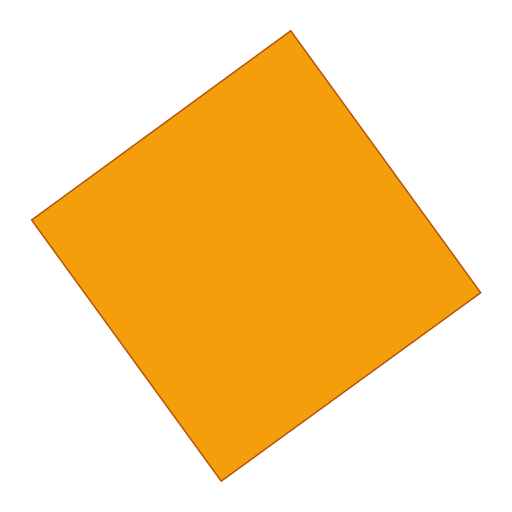 outline of Wheeler, Texas, United States of America, rotated 234°
{"feature_id": "52423323B41320659077500", "entity_name": "Wheeler", "entity_type": "district", "adm_level": 2, "iso_a3": "USA", "parent_name": "United States of America", "parent_adm1": "Texas", "projection": "orthographic", "projection_center": [-100.27, 35.401], "detail": "fine", "context": "isolated", "style": "filled", "palette": "amber", "viewbox_px": 512, "rotation_deg": 234, "n_neighbors": 0, "source": "geoboundaries", "source_scale": "gbopen_adm2", "svg_char_len": 237}
<svg xmlns="http://www.w3.org/2000/svg" viewBox="0 0 512 512"><g transform="rotate(234 256 256)"><path d="M94.3,95.5L94.2,416.2L417.8,416.5L417.4,240.3L417.0,95.6L94.3,95.5Z" fill="#f59e0b" stroke="#b45309" stroke-width="1.5"/></g></svg>